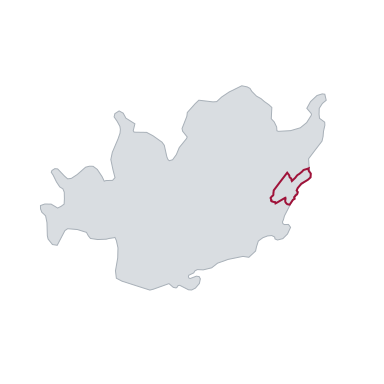 where Neuchâtel sits in Switzerland, rotated 167°
{"feature_id": "CHE-161", "entity_name": "Neuchâtel", "entity_type": "Canton", "adm_level": 1, "iso_a3": "CHE", "parent_name": "Switzerland", "parent_adm1": "", "projection": "albers", "projection_center": [6.837, 47.007], "detail": "fine", "context": "in_parent", "style": "outline", "palette": "rose", "viewbox_px": 384, "rotation_deg": 167, "n_neighbors": 0, "source": "natural_earth", "source_scale": "10m", "svg_char_len": 3445}
<svg xmlns="http://www.w3.org/2000/svg" viewBox="0 0 384 384"><g transform="rotate(167 192 192)"><path d="M278.1,119.6L280.2,120.8L285.1,125.0L284.3,132.4L279.2,144.5L276.7,154.2L276.6,161.6L277.3,165.1L278.3,165.0L283.5,165.4L286.1,165.3L294.6,166.9L301.4,169.6L302.9,172.7L303.9,176.4L312.1,181.2L321.4,184.2L324.5,183.0L335.3,170.4L339.8,172.2L342.8,178.5L342.8,181.9L340.2,194.8L340.0,201.7L342.9,206.1L343.4,209.7L342.7,212.9L338.2,213.4L332.0,211.9L326.5,206.6L322.7,207.5L319.3,209.0L317.8,214.3L316.5,220.6L317.1,224.1L319.7,226.7L321.8,232.3L323.5,239.6L324.7,242.9L323.6,244.5L320.4,245.6L317.7,244.7L312.6,236.1L310.2,232.8L306.5,232.4L300.0,234.8L290.1,240.1L286.1,240.2L282.6,239.3L279.2,235.3L276.2,227.3L275.1,222.3L273.2,222.5L266.8,221.2L263.8,223.3L264.0,231.6L263.8,241.9L260.7,248.6L252.1,260.4L248.9,265.5L247.7,269.1L247.5,272.2L249.0,277.6L251.0,282.7L249.5,285.7L244.8,287.4L241.3,284.3L239.8,278.8L232.3,271.3L235.5,264.9L234.9,263.3L222.8,260.3L217.4,255.6L210.0,247.3L208.5,243.7L208.6,231.9L208.1,229.0L207.1,227.6L203.6,227.8L198.8,232.0L194.4,238.2L185.3,245.3L184.3,246.7L187.5,253.4L187.4,256.1L180.0,266.9L178.7,270.5L169.1,277.3L164.7,279.9L151.3,275.1L147.6,274.5L141.7,277.9L133.3,281.1L119.6,284.3L114.6,282.0L112.2,279.9L111.1,276.6L107.6,270.9L103.8,267.5L101.1,263.8L97.5,259.8L95.2,256.4L98.3,245.5L96.1,241.7L94.9,236.3L95.5,232.6L94.3,231.7L82.1,229.6L72.0,230.2L64.7,233.8L58.7,239.7L58.0,241.0L58.4,242.1L61.3,247.7L56.2,253.4L48.5,257.9L43.0,258.3L40.6,257.4L40.6,251.2L45.1,248.9L49.2,244.9L50.7,239.2L51.2,235.1L47.0,230.2L47.5,227.2L50.2,221.6L51.8,216.6L53.9,212.3L62.4,205.3L70.9,198.2L72.2,190.7L72.9,181.4L74.1,179.2L85.4,173.8L88.2,171.6L89.7,168.5L98.6,158.2L107.3,147.9L109.1,144.5L110.6,142.5L110.6,140.8L109.4,139.5L105.3,138.7L103.9,135.4L108.4,129.6L114.0,126.1L119.5,126.0L121.7,127.6L121.6,129.5L124.0,131.6L128.2,132.2L133.3,131.5L138.4,129.3L141.5,124.1L143.3,120.2L151.3,115.6L156.8,117.8L172.0,118.2L183.1,116.9L189.9,113.7L198.5,113.6L204.3,115.2L205.4,114.9L206.9,114.5L208.5,112.8L213.9,111.6L214.6,110.2L214.3,108.8L213.3,108.1L206.7,109.0L204.1,108.0L203.4,105.5L205.4,101.2L210.3,97.6L214.4,96.6L217.4,97.5L224.9,103.8L226.6,104.0L227.6,102.8L229.1,102.1L231.7,103.3L234.6,107.3L235.1,107.9L251.4,106.0L255.1,105.9L266.4,112.6L278.1,119.6Z" fill="#d9dde1" stroke="#a8b0b8" stroke-width="1"/><path d="M73.1,188.8L73.4,188.2L73.5,186.8L73.3,185.7L72.4,184.0L72.1,183.1L73.2,179.6L76.4,177.8L83.6,175.5L88.1,172.1L89.7,169.9L88.9,168.1L89.8,166.5L90.4,165.9L92.1,165.3L92.3,164.7L92.6,164.5L93.6,164.0L93.5,162.3L95.5,161.6L99.7,157.7L100.5,158.0L101.9,158.7L102.6,159.7L103.0,160.6L103.2,161.1L103.3,161.5L103.2,162.2L102.9,163.4L102.9,163.6L102.5,164.0L102.3,164.8L102.3,165.4L102.5,165.4L112.7,162.2L113.2,162.1L113.2,163.4L114.1,163.7L116.1,164.7L116.6,165.2L116.9,165.6L116.9,165.8L116.6,166.0L116.4,166.2L116.5,166.4L116.5,166.5L116.6,166.9L116.7,167.7L116.8,168.0L116.7,168.4L116.7,168.6L116.6,168.8L116.4,168.9L116.1,169.0L115.9,169.2L115.5,169.5L115.3,169.7L113.8,170.4L113.5,170.7L113.3,171.1L112.9,172.8L112.6,173.4L112.0,175.2L107.0,179.4L104.4,181.6L102.2,183.4L94.9,189.4L93.8,187.0L93.6,186.6L93.5,185.9L93.6,185.0L93.5,184.4L93.3,183.9L92.8,183.5L92.4,183.0L92.2,182.4L92.4,181.4L92.2,180.2L88.2,182.6L86.4,184.1L85.4,184.8L83.3,185.5L80.0,187.2L79.1,187.9L78.4,188.3L77.8,188.4L74.4,188.6L73.1,188.8Z" fill="none" stroke="#9f1239" stroke-width="2"/></g></svg>